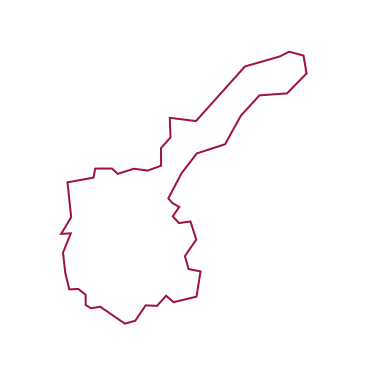 Sarandë, Vlorë, Albania (Equal Earth projection), rotated 74°
{"feature_id": "67620474B70468291702657", "entity_name": "Sarandë", "entity_type": "district", "adm_level": 2, "iso_a3": "ALB", "parent_name": "Albania", "parent_adm1": "Vlorë", "projection": "equal_earth", "projection_center": [20.101, 39.891], "detail": "fine", "context": "isolated", "style": "outline", "palette": "rose", "viewbox_px": 384, "rotation_deg": 74, "n_neighbors": 0, "source": "geoboundaries", "source_scale": "gbopen_adm2", "svg_char_len": 780}
<svg xmlns="http://www.w3.org/2000/svg" viewBox="0 0 384 384"><g transform="rotate(74 192 192)"><path d="M270.7,205.7L265.1,216.5L251.7,216.5L238.9,201.0L219.9,201.6L218.3,213.1L210.1,217.2L202.9,208.4L197.3,213.8L191.6,216.5L171.1,196.9L156.2,176.7L155.2,147.0L132.1,124.0L117.7,100.5L123.4,73.5L109.6,49.2L91.6,47.2L83.9,60.0L85.9,70.1L85.9,106.5L124.9,168.6L114.6,192.9L133.6,197.6L141.3,209.7L158.2,214.5L159.2,228.6L153.6,241.5L154.1,258.4L147.4,262.4L142.8,278.6L151.0,282.7L148.4,309.0L182.9,315.1L196.2,329.3L198.3,319.9L214.7,332.7L234.8,336.1L251.8,336.8L253.8,328.0L261.5,322.6L271.3,325.3L275.9,321.2L277.0,311.8L300.1,292.8L300.1,282.0L288.2,267.8L291.8,257.0L284.6,245.5L292.8,240.1L293.8,216.5L270.7,205.7Z" fill="none" stroke="#9f1239" stroke-width="2"/></g></svg>